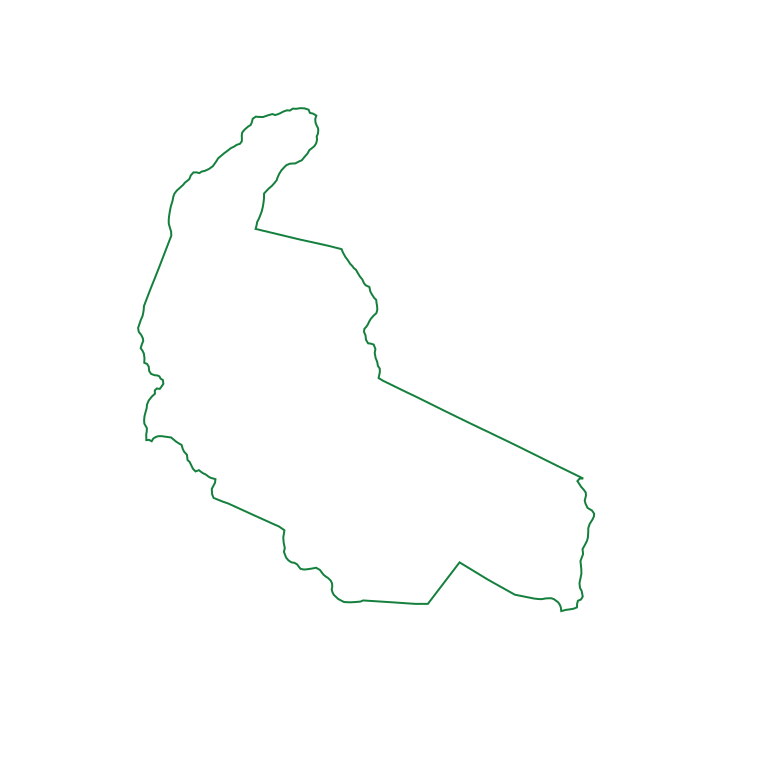 the district of Salto do Céu, Mato Grosso, Brazil, rotated 26°
{"feature_id": "56859067B30882988861922", "entity_name": "Salto do Céu", "entity_type": "district", "adm_level": 2, "iso_a3": "BRA", "parent_name": "Brazil", "parent_adm1": "Mato Grosso", "projection": "robinson", "projection_center": [-58.088, -15.003], "detail": "fine", "context": "isolated", "style": "outline", "palette": "green", "viewbox_px": 768, "rotation_deg": 26, "n_neighbors": 0, "source": "geoboundaries", "source_scale": "gbopen_adm2", "svg_char_len": 4257}
<svg xmlns="http://www.w3.org/2000/svg" viewBox="0 0 768 768"><g transform="rotate(26 384 384)"><path d="M205.5,172.4L201.7,172.1L198.5,172.8L196.0,170.5L191.7,171.1L187.8,172.8L184.2,175.3L181.4,176.4L179.6,179.4L176.6,180.7L174.0,183.4L171.8,186.4L170.1,188.3L168.2,190.0L165.4,190.3L162.5,192.8L158.2,197.1L154.2,198.9L151.6,199.9L149.7,203.2L150.5,206.7L150.6,209.7L148.9,212.4L147.2,216.5L146.3,220.1L147.3,223.2L148.6,225.5L149.8,228.2L149.2,231.3L146.7,233.7L145.2,236.3L143.0,239.1L141.0,243.2L139.3,246.4L137.7,250.0L136.0,253.8L135.6,257.9L134.7,263.2L132.4,267.5L129.6,270.9L127.0,273.0L125.6,275.4L123.0,275.9L120.0,277.3L118.9,281.2L119.2,285.2L118.1,287.7L116.8,290.3L116.1,293.3L114.8,296.5L113.0,300.9L112.2,304.7L112.5,307.8L113.8,312.8L114.4,317.2L115.5,321.5L116.6,325.2L117.5,328.1L118.8,331.4L120.4,334.4L123.9,338.3L125.8,340.3L127.8,343.9L130.7,377.4L131.6,388.9L132.6,402.5L134.1,419.2L135.5,422.6L136.4,425.6L137.2,428.8L137.3,432.6L137.8,436.5L138.4,441.4L140.7,444.6L144.4,446.4L147.2,448.6L148.8,451.0L148.9,454.0L149.6,458.5L152.3,459.9L155.0,462.1L157.5,466.0L159.2,470.0L162.2,469.8L164.9,471.5L167.3,475.3L170.2,477.0L173.9,476.7L176.4,475.7L178.8,475.6L180.8,477.1L183.5,477.4L185.6,480.5L185.2,483.6L184.6,486.7L181.8,487.6L180.8,490.2L182.4,493.2L180.9,496.9L179.8,501.8L180.0,506.4L181.3,509.8L182.0,513.7L182.8,517.8L184.4,522.0L186.0,524.7L190.2,527.6L191.5,530.4L192.4,533.6L195.0,538.6L197.3,537.2L200.3,537.3L200.5,534.3L202.0,531.8L203.8,530.0L206.9,528.4L216.1,525.4L219.9,526.3L222.2,526.9L225.3,527.3L228.8,527.5L231.6,530.6L233.9,532.4L237.9,534.0L240.8,538.5L243.4,539.2L249.4,543.9L252.9,545.2L255.4,542.6L259.8,543.5L263.6,543.5L267.0,544.2L269.4,544.3L274.2,543.4L275.4,546.8L275.2,553.8L277.9,558.5L280.8,561.1L290.8,560.4L296.1,559.7L324.0,559.0L340.3,558.5L344.7,558.4L352.0,558.1L358.6,559.1L359.8,562.9L360.7,566.0L363.2,570.3L365.1,572.8L366.8,575.0L367.6,578.7L372.1,582.9L375.4,584.4L378.9,584.9L381.9,584.0L385.0,584.2L387.4,585.5L390.0,586.7L393.3,585.9L396.3,584.1L400.1,581.5L403.5,578.9L407.8,579.2L413.2,581.9L416.1,582.6L418.7,582.9L422.2,584.0L424.7,586.0L426.4,588.9L427.0,591.5L428.9,593.7L431.3,595.5L437.1,597.3L440.4,597.4L443.6,597.5L449.2,595.1L453.7,592.6L458.2,589.9L460.1,587.7L487.6,576.4L490.3,575.3L501.7,570.7L509.2,567.6L519.8,562.4L530.1,511.2L562.2,514.2L570.2,514.7L594.0,516.0L613.1,511.0L616.7,509.7L619.8,508.4L623.7,505.6L626.1,504.3L628.4,503.2L631.0,502.9L633.8,503.4L636.3,503.9L638.7,505.3L640.8,507.2L642.9,510.4L646.6,507.2L649.2,505.5L653.0,502.8L655.3,500.2L653.9,496.8L653.3,493.8L655.5,491.4L655.8,487.9L652.4,483.4L649.5,481.3L647.0,477.3L644.6,468.0L642.5,463.9L640.5,460.7L638.2,457.0L637.8,452.9L637.5,449.6L634.8,445.3L635.1,440.9L635.2,436.1L634.6,432.8L633.6,430.3L632.6,427.8L630.8,424.0L630.2,419.7L630.8,414.2L630.7,410.8L629.7,408.4L626.5,406.6L621.2,406.1L617.5,403.1L615.5,400.8L614.5,395.9L613.0,393.2L610.0,391.5L606.3,390.0L600.4,386.5L601.3,383.2L604.5,381.6L589.3,381.6L582.6,381.6L575.4,381.6L561.5,381.5L547.7,381.4L533.8,381.3L519.8,381.3L505.5,381.4L498.8,381.4L492.1,381.5L478.1,381.6L464.2,381.6L450.3,381.6L436.5,381.5L422.6,381.4L415.2,381.4L408.9,381.5L381.9,381.5L376.5,381.0L375.1,375.2L373.4,372.0L370.6,370.4L368.1,367.0L365.0,364.2L362.0,360.1L361.0,356.4L357.5,353.1L354.4,353.5L351.9,354.4L348.4,352.1L346.0,348.3L343.1,345.9L342.2,343.0L343.0,340.3L343.4,337.3L343.3,334.4L343.6,331.0L344.8,326.8L346.1,323.7L345.4,320.1L343.5,316.8L341.8,314.5L340.1,311.8L337.4,310.9L334.2,309.0L331.2,306.9L328.3,303.2L324.2,303.3L321.9,302.2L318.6,299.5L315.3,298.0L311.7,295.7L308.7,293.6L306.1,293.1L303.9,291.9L300.8,290.8L297.1,288.5L293.5,286.7L289.3,283.7L286.8,281.4L273.8,284.1L270.0,285.0L244.3,291.2L200.6,300.9L200.0,297.6L199.0,294.0L199.1,290.4L198.8,286.3L198.4,282.2L197.4,277.8L196.2,273.8L194.8,269.8L192.7,265.4L193.6,262.4L194.7,258.9L196.4,255.0L197.5,251.1L198.2,248.0L197.8,244.9L197.7,241.1L198.1,237.0L199.1,233.6L200.3,230.1L202.9,227.2L207.6,224.6L210.1,221.2L212.0,219.0L213.0,214.8L214.2,210.5L214.4,206.5L215.9,203.5L217.2,200.6L217.5,197.4L216.8,193.9L215.0,191.0L214.9,188.0L213.8,185.0L212.5,182.9L210.0,181.1L207.8,179.0L206.1,176.1L205.5,172.4Z" fill="none" stroke="#15803d" stroke-width="2"/></g></svg>